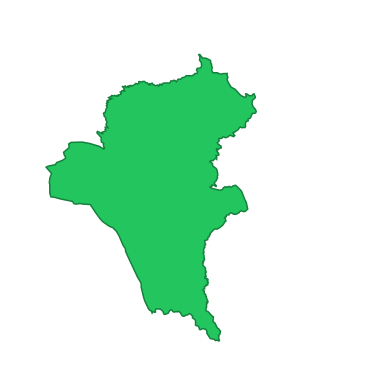 the district of Siakago, Eastern, Kenya, rotated 136°
{"feature_id": "3690345B46140582355746", "entity_name": "Siakago", "entity_type": "district", "adm_level": 2, "iso_a3": "KEN", "parent_name": "Kenya", "parent_adm1": "Eastern", "projection": "equal_earth", "projection_center": [37.759, -0.504], "detail": "fine", "context": "isolated", "style": "filled", "palette": "green", "viewbox_px": 384, "rotation_deg": 136, "n_neighbors": 0, "source": "geoboundaries", "source_scale": "gbopen_adm2", "svg_char_len": 6082}
<svg xmlns="http://www.w3.org/2000/svg" viewBox="0 0 384 384"><g transform="rotate(136 192 192)"><path d="M279.7,311.2L280.2,302.9L284.5,300.8L288.1,297.9L289.3,296.0L295.2,289.8L296.9,286.5L294.9,284.2L291.2,278.0L284.4,268.1L284.5,267.4L285.1,266.2L285.0,265.4L283.5,263.6L280.4,261.3L278.8,259.0L274.1,253.9L274.0,253.1L275.5,245.0L276.7,236.8L276.8,232.5L275.3,224.8L273.7,221.2L273.8,218.9L273.6,216.6L274.8,211.6L278.7,201.1L279.3,197.5L281.0,195.4L282.4,191.7L290.4,168.3L291.8,162.2L293.0,160.4L294.5,159.1L300.0,149.8L301.7,146.3L304.5,138.0L304.6,136.3L303.9,134.6L304.8,132.6L303.1,132.8L302.3,131.3L301.7,131.0L299.9,132.9L299.2,132.9L297.7,131.6L296.2,129.7L295.8,127.9L295.9,126.6L297.0,123.4L296.5,122.7L293.2,121.3L291.6,122.0L289.1,122.0L288.5,121.0L288.8,119.6L288.7,118.7L288.0,117.8L286.8,117.2L285.7,115.9L284.4,115.4L284.3,112.7L285.0,110.3L285.0,109.5L284.1,108.2L282.0,107.6L280.6,106.7L278.4,106.3L277.9,105.5L277.8,102.4L279.1,101.1L278.5,98.5L278.7,97.6L279.1,96.6L281.9,93.9L281.8,92.9L280.9,91.9L280.8,91.1L281.0,89.8L281.9,88.3L281.9,87.5L281.4,87.0L279.2,86.4L277.6,83.6L277.7,82.0L279.5,79.9L280.7,73.9L278.4,70.7L278.3,68.8L276.8,67.9L276.2,66.1L275.2,66.3L274.7,68.0L272.8,69.6L272.5,70.4L271.0,70.2L268.1,72.1L268.3,73.1L267.8,74.6L268.2,76.9L266.5,81.7L266.9,84.2L263.3,87.4L263.7,88.5L263.5,94.8L264.2,96.1L264.1,97.6L260.9,99.5L260.3,100.8L259.6,100.8L258.0,102.4L257.7,101.5L256.8,101.9L256.1,103.1L255.7,104.7L254.5,106.6L254.5,107.4L253.5,108.4L253.4,110.9L251.9,112.2L252.3,113.6L252.0,114.1L250.7,114.0L250.1,113.6L248.9,115.0L246.7,114.7L246.3,115.2L245.3,114.3L244.2,115.0L243.9,115.9L243.2,115.6L242.5,117.8L241.9,118.4L241.4,117.8L241.2,118.4L241.6,119.9L242.2,120.1L242.5,121.2L241.5,122.0L241.0,121.4L240.4,121.6L240.5,122.3L239.9,122.5L239.0,124.0L238.4,124.6L237.8,124.3L236.9,125.3L236.5,126.9L235.2,127.8L235.0,131.4L234.1,133.2L233.0,133.1L232.6,134.4L231.7,134.0L231.2,134.7L230.0,134.6L229.5,135.1L229.4,136.1L228.5,136.7L226.8,139.1L226.3,140.5L225.4,140.2L224.4,141.8L222.2,143.3L221.3,143.2L220.6,144.5L218.8,144.7L217.8,146.7L216.6,148.2L213.9,146.8L212.3,148.1L211.7,148.3L210.5,147.9L209.5,148.7L208.1,148.9L207.7,149.6L201.5,149.8L199.7,147.8L196.0,147.0L192.4,146.8L188.7,147.8L187.9,147.5L186.5,149.5L186.6,150.7L185.9,151.0L184.5,150.4L183.5,151.2L182.9,151.2L181.3,149.9L179.7,150.4L178.2,149.7L177.4,147.0L175.8,145.4L172.3,144.4L171.5,144.8L169.7,144.4L168.4,141.9L167.3,141.1L163.8,141.0L160.2,146.8L158.9,150.8L156.1,157.4L155.7,159.6L155.9,166.5L158.3,167.9L160.7,168.2L161.3,170.2L162.8,170.6L163.0,171.3L164.3,171.9L164.7,172.9L167.0,173.2L167.6,172.8L168.9,172.7L170.8,174.0L175.2,180.8L175.6,183.0L173.9,182.2L173.3,183.3L172.7,183.2L171.5,181.4L171.0,179.3L170.5,179.3L170.1,179.9L170.0,182.3L169.4,183.3L166.4,183.3L166.0,183.8L163.8,184.4L162.8,185.9L161.9,186.1L161.0,187.0L158.5,191.0L158.3,192.3L158.9,195.8L158.8,196.7L157.6,198.1L157.6,200.3L158.2,200.8L158.2,201.4L156.5,201.5L155.2,200.0L151.5,199.9L151.5,198.5L150.1,199.8L149.4,201.5L148.1,200.3L146.8,200.1L146.4,200.4L146.4,201.4L145.9,201.7L145.8,204.4L144.6,204.3L144.4,205.1L144.7,205.7L144.3,206.1L143.2,204.3L141.7,204.2L140.3,203.4L139.2,205.1L139.7,206.1L139.6,207.5L140.0,207.8L139.6,209.8L136.7,209.9L136.0,211.8L135.2,211.6L133.4,209.9L131.3,210.1L130.9,209.7L130.4,208.0L129.4,207.3L127.5,206.6L125.6,206.6L125.0,206.1L123.8,203.1L122.5,202.8L122.0,202.9L122.2,204.2L121.4,205.2L121.2,206.2L119.2,205.4L115.5,204.8L112.8,205.4L112.1,205.0L111.4,203.4L110.5,203.0L109.2,201.6L108.0,201.9L106.4,203.8L104.3,205.0L103.6,205.0L102.5,204.1L102.0,204.2L101.2,205.4L100.5,205.5L99.2,204.7L98.5,204.8L93.9,206.6L92.2,205.0L91.2,204.7L89.9,205.3L89.0,207.3L88.8,210.9L87.6,213.7L84.9,215.9L81.0,215.9L80.4,216.4L79.2,219.5L80.2,220.0L81.9,219.6L83.7,221.2L84.4,224.3L85.2,225.3L86.7,223.0L88.3,223.4L89.8,227.4L89.7,236.3L91.0,240.0L90.5,242.9L89.3,247.2L88.3,248.8L86.4,249.7L85.7,251.7L84.3,252.8L87.8,255.9L89.0,256.2L90.4,258.6L90.9,260.1L94.2,263.4L93.1,266.1L90.8,267.6L90.7,268.4L89.0,270.7L89.2,271.3L87.5,273.5L87.4,274.2L89.0,278.6L91.3,281.0L90.9,285.6L91.7,286.1L92.5,283.6L95.0,281.6L95.5,278.3L96.4,277.6L97.0,276.4L98.5,275.6L99.5,275.3L102.5,277.3L104.2,276.5L104.4,274.7L105.5,273.8L106.0,273.8L107.5,275.1L111.1,275.4L115.4,279.7L117.3,279.7L119.8,281.1L121.9,281.0L123.4,282.6L124.0,282.8L126.5,282.0L126.8,282.9L126.7,283.8L127.4,285.0L128.5,285.2L130.1,286.6L131.1,286.0L132.6,286.1L134.9,288.5L135.8,288.9L136.1,289.6L137.6,290.4L138.1,290.6L139.4,289.7L139.8,290.0L139.9,291.5L140.4,292.0L142.2,291.3L142.4,292.9L143.8,293.3L145.0,295.0L144.8,295.9L145.5,296.4L145.1,298.1L146.2,298.2L147.1,299.2L147.8,298.1L148.5,299.2L148.7,299.7L148.2,300.9L148.5,301.8L149.1,302.1L149.4,304.6L150.7,305.8L152.2,306.3L153.2,308.1L153.7,308.3L154.4,307.2L154.9,307.1L156.0,307.5L157.1,309.2L158.7,309.1L162.4,310.3L162.0,311.2L164.0,312.3L164.1,311.5L164.8,311.2L165.2,311.6L165.2,312.8L166.4,313.1L166.7,313.7L166.3,314.5L168.2,315.3L168.4,316.0L168.9,316.0L169.0,313.5L169.7,313.1L170.4,311.5L171.3,313.0L171.9,313.0L172.4,313.6L173.8,312.6L173.7,313.4L174.2,313.7L175.0,311.8L175.8,311.9L177.1,312.4L177.5,313.1L178.6,312.3L179.0,312.7L179.1,313.6L180.0,313.6L180.5,315.2L181.8,315.6L182.5,317.1L183.0,317.3L183.6,316.7L186.4,317.9L186.3,316.9L185.1,314.9L189.3,316.6L189.4,315.4L189.9,314.8L190.8,315.8L191.5,314.7L192.0,314.9L192.2,313.6L193.6,313.7L194.0,312.0L195.3,311.8L199.4,309.5L200.7,310.2L201.3,309.8L201.8,308.2L202.5,307.8L202.3,307.0L202.9,304.7L203.8,303.9L204.4,301.6L207.3,300.0L207.6,296.9L207.9,296.5L208.2,297.8L209.5,298.9L210.1,297.6L211.2,297.3L211.3,296.3L211.8,295.8L215.2,297.5L215.7,296.0L216.4,297.0L217.8,301.2L218.8,301.0L219.3,300.5L219.5,294.1L221.1,292.8L222.4,290.8L221.7,288.3L222.6,288.0L224.5,285.1L224.3,284.4L225.7,284.3L226.9,289.1L231.9,298.0L236.4,304.3L244.6,311.7L247.3,312.2L249.3,309.5L249.9,309.3L256.8,309.8L258.4,306.9L258.5,305.3L259.4,304.3L260.2,304.2L263.3,304.8L269.0,307.2L271.3,306.6L277.5,310.5L279.7,311.2Z" fill="#22c55e" stroke="#15803d" stroke-width="1.5"/></g></svg>